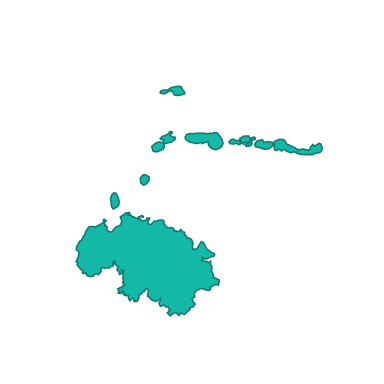 Ba, Western, Fiji, rotated 61°
{"feature_id": "14151628B98370545668292", "entity_name": "Ba", "entity_type": "district", "adm_level": 2, "iso_a3": "FJI", "parent_name": "Fiji", "parent_adm1": "Western", "projection": "robinson", "projection_center": [177.639, -17.315], "detail": "fine", "context": "isolated", "style": "filled", "palette": "teal", "viewbox_px": 384, "rotation_deg": 61, "n_neighbors": 0, "source": "geoboundaries", "source_scale": "gbopen_adm2", "svg_char_len": 6116}
<svg xmlns="http://www.w3.org/2000/svg" viewBox="0 0 384 384"><g transform="rotate(61 192 192)"><path d="M282.0,210.8L277.5,214.3L276.6,214.4L275.2,213.4L269.6,213.1L269.3,212.1L266.8,210.8L265.0,210.9L261.6,209.3L261.9,212.0L260.4,212.2L256.8,216.7L256.2,215.5L254.4,214.8L256.3,214.0L257.8,211.4L257.7,208.5L258.7,203.9L258.0,202.6L256.4,202.5L254.0,204.6L251.6,205.3L250.0,206.6L241.9,206.5L239.8,207.9L244.5,216.1L243.4,216.7L242.8,219.1L239.3,217.8L237.6,216.0L233.9,215.5L232.0,215.9L230.4,217.3L230.0,218.9L227.4,218.0L226.3,219.7L224.2,218.1L223.4,218.1L222.4,219.5L219.3,219.9L220.2,222.7L218.8,224.7L218.1,224.6L217.6,226.0L216.8,226.4L215.2,225.7L212.9,227.3L212.4,228.3L212.8,229.1L211.7,230.3L208.9,231.6L206.9,231.6L206.1,232.4L204.5,230.8L202.6,230.8L200.6,234.4L200.0,238.3L199.1,239.0L200.6,243.9L199.3,245.1L197.5,245.5L196.1,244.4L194.9,241.9L194.0,241.8L192.9,244.3L194.4,246.0L193.7,248.3L192.6,249.8L189.8,250.7L189.5,250.3L189.8,251.0L188.9,250.4L188.8,251.9L187.8,253.6L185.1,255.2L184.9,256.7L182.8,256.3L182.2,258.1L181.4,258.8L180.7,259.2L180.7,256.8L179.6,256.6L178.1,260.5L179.1,262.1L178.6,262.7L179.0,266.8L183.4,267.5L186.1,270.5L185.8,275.7L186.4,278.1L188.2,281.3L186.4,283.9L183.3,285.0L183.0,285.5L183.2,284.7L181.7,283.1L179.9,283.7L179.2,285.2L179.1,283.7L175.8,283.9L175.8,293.9L175.2,293.9L172.9,297.5L172.6,299.2L174.5,303.3L177.9,307.5L178.2,309.0L179.4,309.9L180.8,312.9L180.4,313.6L181.4,314.9L181.2,315.7L182.6,316.8L182.9,318.2L185.0,320.4L186.7,321.2L188.2,320.2L190.5,320.4L193.7,323.0L194.8,324.9L195.8,325.2L196.1,326.2L196.3,325.7L197.3,326.9L199.0,326.5L200.0,327.9L205.7,326.8L207.4,325.6L208.4,325.8L209.2,327.0L210.4,326.9L211.7,324.0L213.6,324.5L215.4,323.5L216.0,322.2L216.9,321.7L217.8,319.4L216.7,316.8L217.5,314.9L218.9,313.8L217.4,309.7L216.7,309.9L214.7,308.6L215.1,306.5L216.1,305.1L216.6,305.2L216.7,303.5L217.5,302.9L218.5,300.8L217.9,299.7L218.4,296.7L217.6,295.6L216.6,295.8L214.5,294.4L215.2,293.1L215.0,292.4L216.5,294.6L217.4,293.9L220.6,293.5L221.5,292.7L222.1,292.8L223.5,295.3L227.6,294.7L228.8,295.5L229.2,295.3L229.0,293.5L228.1,291.6L226.0,291.4L226.4,290.5L228.0,290.0L230.7,292.6L232.8,293.0L233.7,294.4L236.1,294.7L237.5,296.6L238.2,295.7L239.5,296.9L240.8,296.3L240.8,303.9L241.9,303.5L242.6,304.4L244.5,304.1L244.6,305.5L246.4,303.4L245.1,301.1L245.8,301.4L245.9,300.7L246.2,301.3L246.7,300.8L247.6,301.3L248.4,300.3L248.5,301.2L249.3,300.6L249.6,301.0L250.8,299.9L251.7,297.7L254.0,299.1L257.0,299.1L255.9,294.9L257.8,294.7L259.2,295.8L260.1,295.2L259.8,294.4L260.7,294.1L260.9,293.1L260.1,291.2L258.3,289.4L257.2,289.0L256.7,288.1L256.3,284.8L255.2,282.5L255.8,282.1L255.7,281.3L255.0,280.9L254.6,279.2L255.0,277.9L257.6,278.1L260.1,280.7L262.2,281.4L263.1,280.2L265.7,280.2L268.0,278.8L268.7,277.4L270.0,277.2L270.4,275.2L269.7,271.5L270.2,272.1L271.6,271.9L272.2,273.9L273.6,274.8L275.5,275.2L277.0,274.8L276.8,271.8L278.0,270.8L279.7,270.9L280.1,270.3L280.0,269.4L280.9,268.7L283.7,268.9L284.5,268.4L285.1,269.1L284.9,270.5L285.6,270.9L285.7,272.2L290.0,271.1L288.9,269.3L289.6,268.2L289.0,267.3L289.8,264.4L292.1,264.0L293.8,262.9L292.2,261.0L295.4,257.9L293.5,250.3L292.2,249.8L293.1,246.1L291.4,244.4L291.5,243.5L288.5,244.3L286.3,243.6L285.4,243.8L284.8,243.0L285.5,240.8L281.9,239.1L280.3,235.8L280.4,233.6L280.8,233.3L280.7,230.7L285.9,225.8L286.5,224.3L285.9,222.8L284.2,222.5L284.3,216.7L285.5,214.6L286.4,214.1L284.3,213.0L284.4,212.2L282.0,210.8ZM164.7,152.8L166.5,150.6L167.0,146.7L166.7,144.0L164.6,141.2L159.7,140.2L154.0,140.9L152.1,141.7L150.6,144.2L150.4,146.8L149.0,148.1L149.0,149.8L146.0,153.5L142.8,159.4L141.9,162.1L139.8,165.7L139.1,168.8L140.5,171.3L142.6,172.1L147.0,170.1L152.0,164.3L153.2,159.8L154.5,159.7L155.6,153.7L159.3,154.9L161.6,154.5L164.7,152.8ZM219.5,61.0L218.5,58.2L216.6,56.7L212.5,56.1L211.0,57.1L211.2,62.7L209.0,63.3L210.3,66.7L212.0,68.6L211.2,70.9L208.0,74.1L207.6,76.5L205.8,79.3L203.3,80.4L195.8,86.0L193.0,85.7L191.1,86.2L189.7,87.7L188.2,90.3L187.8,95.3L188.7,96.8L190.3,97.1L194.5,99.3L196.5,98.5L196.9,94.9L199.5,93.9L199.3,91.4L199.7,90.3L202.4,89.4L205.8,86.3L205.8,84.9L206.6,82.8L207.4,82.5L207.9,81.1L208.6,81.6L211.0,79.7L214.9,73.8L217.9,68.3L217.9,65.2L219.5,61.0ZM101.2,150.0L97.6,150.6L95.3,150.3L94.1,150.9L92.9,152.6L90.6,159.2L90.9,164.4L88.9,167.5L88.6,170.3L89.4,171.7L90.6,171.4L92.9,168.4L92.7,161.9L95.3,160.3L98.7,160.4L101.1,157.1L102.7,150.8L101.2,150.0ZM191.5,103.5L190.7,99.0L189.2,97.6L187.3,97.9L184.3,101.8L183.5,105.2L180.4,105.0L178.9,110.2L179.6,112.2L181.2,114.4L183.3,114.5L186.8,110.5L189.8,108.0L191.5,103.5ZM168.7,269.3L168.7,264.4L167.7,262.1L164.9,260.3L161.2,259.2L156.5,259.0L155.4,259.8L154.8,261.0L155.6,263.6L158.3,266.4L165.5,269.3L168.7,269.3ZM137.8,183.2L138.2,181.8L136.2,180.1L135.5,180.4L134.6,182.2L132.2,183.5L131.1,183.0L130.8,180.8L130.2,180.2L129.2,180.7L128.5,182.1L128.6,183.0L129.8,184.0L129.3,186.5L129.9,187.5L128.9,190.6L129.8,193.9L130.5,193.9L133.1,191.5L134.5,193.5L135.6,193.3L136.8,192.0L137.7,187.6L138.6,185.9L137.8,183.2ZM138.8,204.8L140.0,202.9L140.6,196.3L138.5,193.7L135.4,193.4L132.7,195.6L131.9,197.8L131.7,200.4L132.5,205.1L137.1,206.3L138.8,204.8ZM162.7,231.0L162.7,227.9L161.4,224.5L158.3,222.0L154.0,224.6L153.3,226.9L154.7,230.5L159.2,232.4L162.7,231.0ZM175.1,123.8L173.9,122.3L174.0,121.4L175.7,120.4L175.4,116.7L173.2,115.0L170.5,115.2L168.2,119.7L168.3,124.4L168.9,124.9L170.7,124.2L172.8,124.9L175.1,123.8ZM168.0,135.3L170.3,132.5L170.3,131.2L171.2,129.2L173.1,128.3L173.7,126.8L172.9,125.4L170.4,125.2L169.7,126.9L168.5,127.5L168.2,128.8L165.6,130.3L165.2,131.6L166.0,135.4L168.0,135.3ZM178.5,122.3L179.6,120.4L179.6,116.9L178.4,115.8L177.0,115.5L175.9,117.6L177.1,118.9L176.2,121.2L176.3,122.1L176.8,122.8L178.5,122.3ZM175.8,115.0L176.6,111.2L176.0,110.6L174.4,110.6L173.5,112.6L173.7,114.2L175.8,115.0ZM175.1,283.7L176.1,283.0L176.2,281.7L175.6,281.0L173.2,282.0L173.4,283.3L175.1,283.7ZM189.1,248.4L190.4,247.3L190.3,246.5L189.6,246.4L188.1,247.6L188.0,248.3L189.1,248.4ZM188.3,251.3L188.5,250.5L188.1,250.1L187.7,250.9L188.3,251.3Z" fill="#14b8a6" stroke="#0f766e" stroke-width="1.5"/></g></svg>